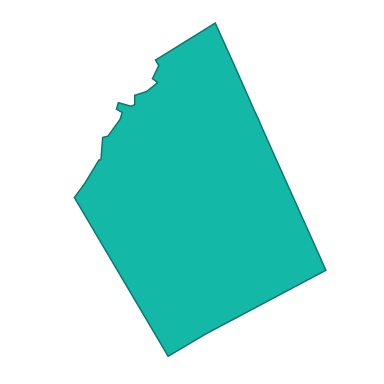 Pickens, Alabama, United States of America, rotated 150°
{"feature_id": "52423323B32953857630822", "entity_name": "Pickens", "entity_type": "district", "adm_level": 2, "iso_a3": "USA", "parent_name": "United States of America", "parent_adm1": "Alabama", "projection": "orthographic", "projection_center": [-88.115, 33.263], "detail": "fine", "context": "isolated", "style": "filled", "palette": "teal", "viewbox_px": 384, "rotation_deg": 150, "n_neighbors": 0, "source": "geoboundaries", "source_scale": "gbopen_adm2", "svg_char_len": 567}
<svg xmlns="http://www.w3.org/2000/svg" viewBox="0 0 384 384"><g transform="rotate(150 192 192)"><path d="M251.0,62.2L115.2,57.3L114.3,66.0L114.0,68.0L108.3,124.3L103.4,172.3L102.7,179.2L99.2,212.7L98.1,221.4L97.3,231.0L91.4,286.0L91.4,286.4L87.4,326.7L157.6,324.5L157.6,318.1L169.6,309.9L167.0,303.9L181.2,301.7L193.3,304.4L198.0,296.2L202.1,296.9L211.1,306.2L216.0,301.5L212.7,295.8L217.9,290.9L236.8,282.4L242.1,283.9L254.7,265.5L256.7,266.2L280.3,253.2L296.6,246.0L296.0,181.1L294.8,61.7L251.0,62.2Z" fill="#14b8a6" stroke="#0f766e" stroke-width="1.5"/></g></svg>